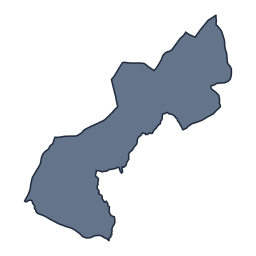 Mpanda Urban, Katavi, United Republic of Tanzania
{"feature_id": "72390352B31642859672055", "entity_name": "Mpanda Urban", "entity_type": "district", "adm_level": 2, "iso_a3": "TZA", "parent_name": "United Republic of Tanzania", "parent_adm1": "Katavi", "projection": "natural_earth1", "projection_center": [31.001, -6.409], "detail": "fine", "context": "isolated", "style": "filled", "palette": "slate", "viewbox_px": 256, "rotation_deg": 0, "n_neighbors": 0, "source": "geoboundaries", "source_scale": "gbopen_adm2", "svg_char_len": 4717}
<svg xmlns="http://www.w3.org/2000/svg" viewBox="0 0 256 256"><path d="M170.7,50.5L169.3,51.4L167.2,51.8L164.6,53.5L163.7,54.6L162.9,55.5L161.9,58.2L161.2,59.9L159.4,63.2L156.4,67.9L154.0,70.6L151.2,68.6L149.1,67.3L145.4,64.3L144.1,63.5L143.9,63.4L139.0,63.0L135.6,63.1L134.8,63.1L132.2,63.1L127.8,62.8L126.0,62.5L124.0,62.3L123.4,62.4L122.5,62.7L120.7,65.4L118.0,69.8L114.2,76.2L113.2,77.4L111.5,79.4L111.9,81.5L113.2,87.0L115.6,96.3L116.4,100.8L117.7,106.7L115.6,108.8L113.7,110.8L111.9,112.9L106.7,117.9L104.6,119.9L101.6,121.5L97.1,123.6L91.7,126.0L88.9,127.4L86.7,128.5L84.0,130.0L82.3,132.0L81.7,132.8L78.6,134.8L78.2,135.1L77.4,135.4L75.9,136.0L75.1,136.1L71.1,136.1L64.7,136.3L58.8,137.3L54.9,137.3L54.0,139.9L52.7,143.8L50.6,145.4L49.7,146.4L48.9,148.5L48.4,149.0L47.3,150.0L45.5,151.2L45.1,151.5L43.0,153.9L41.5,157.4L40.4,163.7L38.2,167.8L36.0,171.2L34.1,174.5L32.4,177.5L32.0,178.8L31.7,180.0L31.3,182.0L31.0,183.5L30.6,185.0L30.4,187.8L30.1,189.4L28.8,193.0L27.7,195.6L26.4,197.8L25.3,199.6L24.6,201.1L25.5,201.8L26.8,201.7L27.4,201.3L28.7,200.3L29.7,200.4L30.6,200.2L31.5,200.4L32.4,201.9L32.5,202.9L33.4,204.4L34.5,205.6L34.7,206.5L34.3,207.5L34.6,208.7L35.6,209.6L35.9,210.5L35.9,211.3L36.9,212.8L37.3,213.0L37.5,213.2L38.1,213.6L44.3,215.9L51.2,219.9L58.9,223.9L62.2,225.1L66.4,226.7L71.6,228.2L75.4,230.4L80.0,233.8L82.6,236.6L86.4,238.0L90.5,237.7L94.6,235.8L99.4,235.3L102.1,236.2L104.3,237.8L106.4,238.5L108.9,240.6L109.1,240.1L109.1,238.3L109.3,238.1L110.9,236.8L110.8,235.2L111.9,234.6L111.6,232.8L112.0,231.4L112.0,230.9L112.0,228.4L113.1,225.8L114.0,224.8L114.4,223.7L114.5,223.3L114.7,223.0L114.9,222.4L114.8,219.8L114.4,216.9L111.7,215.8L111.0,215.5L110.3,214.2L109.5,212.7L109.3,212.3L109.3,210.5L109.3,210.0L109.3,209.2L109.4,206.8L108.1,206.0L107.9,205.0L107.6,203.1L106.1,201.2L105.6,201.7L104.3,202.2L103.6,200.7L102.2,198.7L102.2,196.2L100.7,194.7L100.3,194.5L98.5,193.7L98.6,193.2L99.2,192.2L99.0,191.6L98.9,191.2L98.6,190.1L97.3,188.9L97.2,186.1L97.4,185.5L98.1,184.4L97.8,182.4L98.2,180.9L98.4,179.9L98.4,178.7L97.7,177.9L97.0,177.1L96.2,176.7L95.9,176.5L95.7,176.4L95.6,174.8L95.7,173.7L95.9,173.3L96.4,171.6L96.3,170.6L98.1,170.7L100.3,171.1L102.2,172.0L103.7,171.3L105.0,171.3L106.9,171.1L108.1,170.2L109.7,169.2L110.7,169.5L112.2,169.2L113.3,168.9L114.4,168.7L115.9,168.3L117.4,167.5L118.7,167.4L118.8,167.4L119.6,169.2L120.1,170.9L120.7,172.2L121.6,173.0L122.2,172.6L122.5,171.9L122.6,171.5L122.4,170.5L122.4,170.3L121.9,167.5L122.7,166.8L123.7,167.3L124.6,166.6L124.9,166.4L125.6,165.7L126.1,165.1L126.3,164.2L126.7,162.5L126.9,162.2L128.8,159.1L128.8,157.6L128.8,156.5L128.5,154.2L129.6,152.7L130.0,152.0L131.6,150.7L132.5,149.9L133.3,148.5L134.4,146.7L134.9,146.2L136.6,144.2L136.7,143.8L137.0,142.7L137.4,141.5L137.3,140.8L137.1,140.2L137.9,138.1L138.5,137.4L139.2,136.6L140.7,135.6L142.4,133.0L143.9,133.3L145.0,133.4L145.2,133.7L145.5,134.5L146.4,134.5L146.9,134.5L147.6,134.4L148.6,133.6L149.6,132.9L150.7,133.5L151.7,133.4L152.3,133.3L153.3,131.6L153.4,131.0L154.6,129.4L155.8,128.7L157.1,126.7L158.7,124.7L159.6,124.4L160.5,123.4L160.6,121.0L161.1,120.6L161.4,120.1L161.9,119.8L162.1,118.4L162.3,117.8L162.2,115.8L162.7,114.7L162.8,113.9L165.0,113.5L165.7,113.1L167.2,112.4L167.7,112.8L169.1,113.9L170.6,114.1L171.9,114.4L173.6,115.3L174.7,116.3L175.7,117.8L177.1,118.7L177.5,120.6L178.0,121.3L179.1,122.6L180.0,124.2L180.7,125.7L181.6,127.1L182.3,128.8L183.0,129.6L183.1,129.8L184.7,129.0L184.8,129.0L186.4,128.2L186.6,128.1L187.9,126.6L188.1,126.4L188.3,126.2L189.4,125.5L190.0,125.0L190.9,124.4L191.5,124.0L191.8,123.8L193.2,123.3L194.4,123.0L198.8,121.5L199.5,121.2L202.5,120.0L207.3,117.0L211.1,115.1L212.0,114.5L212.7,114.2L213.1,113.9L213.3,113.9L216.1,110.8L218.8,108.3L220.3,106.8L220.3,105.4L220.2,105.2L219.5,103.7L219.5,100.0L219.6,98.7L219.2,97.7L218.8,95.3L216.3,92.7L214.8,91.4L214.5,91.2L214.3,91.3L214.5,91.2L214.0,90.8L213.3,90.2L212.3,89.6L211.1,88.2L210.9,87.8L210.9,87.3L211.0,87.0L211.1,85.9L214.7,84.8L216.7,83.4L219.4,83.1L224.8,82.8L226.1,82.2L228.1,81.3L229.7,79.6L230.4,78.9L231.2,75.4L231.4,74.7L231.4,68.9L231.1,68.4L230.7,67.6L230.5,67.1L229.9,66.0L228.2,64.2L227.5,62.8L227.4,62.5L227.4,62.2L227.2,59.8L226.7,53.6L225.6,50.1L225.4,49.8L225.0,47.3L224.6,44.4L224.6,42.1L224.2,39.6L223.1,35.9L222.2,33.2L221.3,30.7L220.0,29.1L219.6,28.6L218.8,27.5L218.6,27.2L217.4,26.0L216.1,24.6L216.1,22.6L216.4,21.0L215.9,16.9L216.0,15.4L215.5,15.4L212.9,17.3L210.3,18.9L208.2,20.2L204.1,25.3L200.7,29.4L195.1,37.1L192.7,36.1L192.1,35.9L189.0,34.4L188.7,34.2L185.7,32.2L185.1,33.3L183.5,35.5L182.4,36.5L181.2,37.5L180.5,38.2L179.1,39.8L177.4,42.3L176.2,43.9L171.7,49.9L171.0,50.4L170.7,50.5Z" fill="#64748b" stroke="#1e293b" stroke-width="1.5"/></svg>